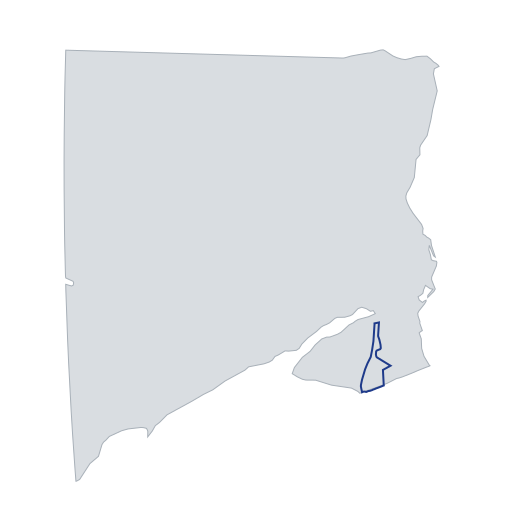 location of Nakhl, Shamal Sina', Egypt, rotated 87°
{"feature_id": "37247803B50825531526089", "entity_name": "Nakhl", "entity_type": "district", "adm_level": 2, "iso_a3": "EGY", "parent_name": "Egypt", "parent_adm1": "Shamal Sina'", "projection": "albers", "projection_center": [34.247, 29.91], "detail": "fine", "context": "in_parent", "style": "outline", "palette": "blue", "viewbox_px": 512, "rotation_deg": 87, "n_neighbors": 0, "source": "geoboundaries", "source_scale": "gbopen_adm2", "svg_char_len": 3822}
<svg xmlns="http://www.w3.org/2000/svg" viewBox="0 0 512 512"><g transform="rotate(87 256 256)"><path d="M471.5,447.6L459.6,447.9L447.7,448.1L435.8,448.3L423.9,448.5L412.0,448.6L400.1,448.7L388.2,448.7L376.3,448.7L364.4,448.7L352.5,448.7L340.6,448.6L328.7,448.5L316.8,448.3L304.9,448.1L293.0,447.9L281.1,447.7L274.3,447.5L275.5,444.1L276.3,441.7L275.5,440.0L273.2,439.5L271.7,440.0L268.0,447.1L266.1,447.3L261.9,447.2L248.0,446.8L234.2,446.4L220.3,445.9L206.5,445.3L192.6,444.7L178.8,444.1L165.0,443.4L151.1,442.7L137.3,441.9L123.5,441.1L109.6,440.2L95.8,439.3L82.0,438.4L68.1,437.4L54.3,436.3L40.5,435.2L41.2,426.6L41.9,418.0L42.6,409.4L43.3,400.8L44.0,392.2L44.7,383.5L45.4,374.9L46.1,366.3L46.8,357.6L47.5,349.0L48.2,340.4L48.9,331.7L49.6,323.1L50.3,314.4L51.0,305.8L51.7,297.1L52.4,288.4L53.1,279.8L53.8,271.1L54.5,262.5L55.2,253.8L55.9,245.1L56.6,236.5L57.3,227.8L58.0,219.1L58.7,210.4L59.4,201.8L60.1,193.1L60.8,184.4L61.5,175.7L62.2,167.1L62.9,158.4L62.7,156.7L61.3,150.7L60.3,143.1L59.2,133.7L59.2,130.7L56.9,120.9L56.8,118.2L57.8,116.4L63.4,108.8L65.3,105.0L66.9,100.5L67.7,96.7L66.7,90.8L65.4,85.5L65.2,80.1L65.4,74.8L68.2,71.5L71.6,68.4L72.9,66.4L74.9,64.2L76.2,63.3L78.3,68.1L83.4,69.3L100.6,66.4L118.9,71.9L129.0,74.2L144.7,78.8L153.9,85.8L156.5,86.8L163.5,87.0L167.9,91.1L185.9,93.8L195.4,98.5L200.8,102.1L204.0,103.2L207.0,103.2L211.0,102.1L216.0,100.0L221.6,96.9L233.1,89.0L237.2,87.7L239.7,88.2L242.9,88.2L244.3,86.0L246.0,84.5L247.1,82.7L248.9,80.7L254.7,80.2L266.5,77.0L265.1,78.7L254.4,82.4L258.9,83.1L263.6,81.8L268.9,81.1L269.9,79.4L270.7,76.1L271.8,75.7L275.4,76.4L286.2,81.7L288.9,81.9L296.7,79.3L298.3,78.7L300.8,80.3L306.4,86.7L304.4,86.5L298.4,81.0L297.8,83.7L294.2,88.3L298.5,90.4L302.0,91.3L303.9,93.9L305.1,96.3L308.5,95.3L311.1,92.2L309.8,90.4L309.0,88.5L310.1,88.5L312.5,90.1L319.4,96.2L321.7,97.5L324.4,97.3L330.1,95.7L331.6,96.0L339.2,93.8L340.1,95.5L341.3,97.1L347.4,95.3L357.0,95.4L364.9,93.5L374.0,88.7L374.7,88.0L375.2,89.2L376.2,92.5L379.0,100.7L381.4,107.2L384.4,116.2L385.3,119.6L385.7,122.0L390.1,131.9L392.7,140.0L394.6,146.5L397.3,156.2L398.5,159.5L396.6,161.3L392.9,167.6L388.9,187.4L383.1,203.0L382.5,212.7L381.5,216.2L378.8,221.1L375.4,226.0L369.4,223.5L359.6,215.0L354.0,206.9L347.9,201.6L342.3,194.7L340.7,189.7L340.8,186.5L338.4,178.7L336.6,175.0L329.7,166.7L327.8,162.3L326.3,160.3L324.8,157.5L322.5,146.7L319.8,139.9L316.7,141.7L317.2,144.6L314.4,148.5L312.7,153.1L313.9,156.9L319.5,162.7L320.6,165.2L321.8,170.6L321.5,178.0L322.4,180.5L326.6,186.0L328.1,189.3L329.0,192.1L330.4,194.7L334.5,199.5L340.6,208.6L346.3,214.8L350.5,217.7L352.3,220.7L352.7,228.4L352.3,232.0L356.0,238.9L357.3,242.3L360.9,245.2L362.6,248.4L364.1,253.7L366.3,269.2L369.4,273.0L379.2,293.4L387.4,306.2L391.5,315.8L397.6,327.5L409.9,353.1L417.1,361.0L420.1,365.4L425.3,368.7L431.0,373.6L425.6,373.2L424.3,373.5L422.4,374.4L421.5,377.4L421.2,379.8L422.0,392.8L423.5,399.4L428.5,411.9L432.1,415.6L433.9,418.0L436.3,419.7L447.8,423.8L454.6,432.7L469.9,443.8L471.4,446.9L471.5,447.6Z" fill="#d9dde1" stroke="#a8b0b8" stroke-width="1"/><path d="M329.5,141.2L330.3,141.2L347.3,143.2L356.0,145.0L362.8,146.7L367.7,149.5L369.1,150.3L374.9,153.0L385.1,156.6L390.1,157.9L391.5,158.1L393.9,157.8L397.6,157.2L397.4,156.8L397.1,156.1L397.1,155.7L397.1,155.1L397.1,154.6L397.2,154.3L397.4,153.6L397.5,153.2L397.5,152.8L397.2,152.1L396.9,151.3L396.7,150.8L396.7,150.0L396.6,149.1L396.5,148.8L396.0,147.1L395.4,145.7L395.3,145.2L395.0,144.2L394.7,143.5L394.3,142.3L394.1,141.5L393.7,140.3L393.6,140.0L393.0,138.1L392.2,135.9L392.0,135.2L376.4,135.2L372.6,127.4L363.5,140.7L362.3,141.2L360.4,141.4L359.1,141.2L357.9,141.1L356.8,140.5L356.2,138.9L355.5,136.8L354.5,136.2L351.2,136.3L346.0,137.2L342.6,138.2L341.7,138.2L328.8,136.7L329.1,138.6L329.5,141.2Z" fill="none" stroke="#1e3a8a" stroke-width="2"/></g></svg>